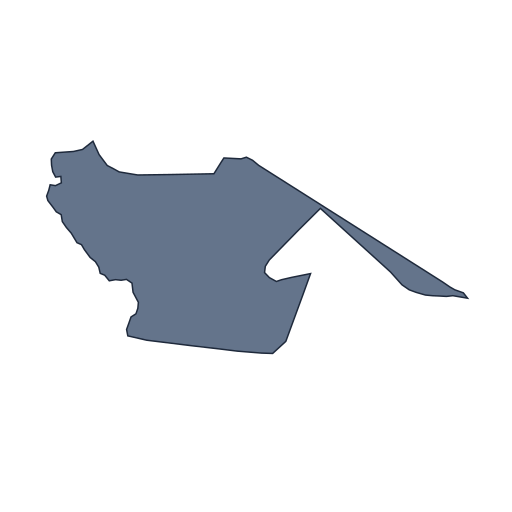 Paranatama, Pernambuco, Brazil, rotated 187°
{"feature_id": "56859067B22250448263052", "entity_name": "Paranatama", "entity_type": "district", "adm_level": 2, "iso_a3": "BRA", "parent_name": "Brazil", "parent_adm1": "Pernambuco", "projection": "mercator", "projection_center": [-36.705, -8.893], "detail": "fine", "context": "isolated", "style": "filled", "palette": "slate", "viewbox_px": 512, "rotation_deg": 187, "n_neighbors": 0, "source": "geoboundaries", "source_scale": "gbopen_adm2", "svg_char_len": 1262}
<svg xmlns="http://www.w3.org/2000/svg" viewBox="0 0 512 512"><g transform="rotate(187 256 256)"><path d="M59.8,248.9L67.5,252.9L264.4,346.3L271.1,350.6L277.6,352.9L282.7,350.6L299.8,349.4L301.9,345.1L307.8,332.5L351.7,326.3L383.2,322.0L388.4,322.2L402.1,322.8L407.5,325.0L414.7,327.7L424.1,337.5L431.8,350.1L441.2,340.6L449.9,337.5L467.8,334.0L471.0,327.3L470.0,321.3L468.0,314.9L464.5,309.9L459.4,311.2L458.1,304.9L463.6,301.4L469.0,301.6L469.7,296.0L471.1,289.9L469.3,285.6L463.3,279.5L459.6,275.5L454.4,273.3L452.4,266.5L447.7,261.2L442.2,256.2L435.3,247.4L430.6,246.0L427.1,241.4L420.4,234.3L414.7,230.8L410.7,225.8L408.5,219.8L403.8,218.5L398.6,213.5L392.6,215.4L386.9,215.5L381.7,217.0L375.8,214.0L373.6,205.0L367.1,195.7L366.9,189.7L368.1,184.0L372.6,180.3L374.0,173.9L375.5,167.3L373.5,161.1L354.2,159.1L344.3,159.1L309.0,159.1L280.8,159.3L262.9,159.3L238.8,160.3L227.6,161.3L216.0,174.9L208.1,208.8L204.8,222.9L199.7,245.2L218.1,239.1L227.7,235.6L232.7,233.2L240.1,236.2L245.5,240.6L245.5,246.9L242.3,253.7L216.8,287.1L197.9,311.1L129.7,263.0L120.4,256.4L107.6,245.2L99.8,241.1L92.5,239.4L83.1,237.9L75.9,238.1L69.7,238.6L62.0,239.1L55.8,240.6L40.9,239.9L45.7,244.7L54.6,246.7L59.8,248.9Z" fill="#64748b" stroke="#1e293b" stroke-width="1.5"/></g></svg>